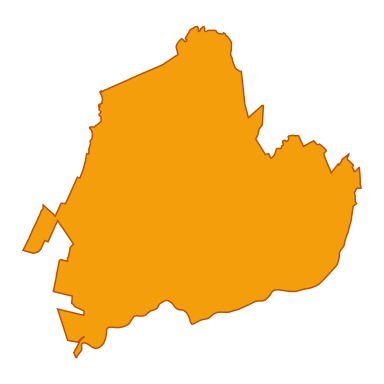 outline of Mosnita Noua, Timis, Romania
{"feature_id": "2599482B38948960386804", "entity_name": "Mosnita Noua", "entity_type": "district", "adm_level": 2, "iso_a3": "ROU", "parent_name": "Romania", "parent_adm1": "Timis", "projection": "orthographic", "projection_center": [21.343, 45.72], "detail": "fine", "context": "isolated", "style": "filled", "palette": "amber", "viewbox_px": 384, "rotation_deg": 0, "n_neighbors": 0, "source": "geoboundaries", "source_scale": "gbopen_adm2", "svg_char_len": 5863}
<svg xmlns="http://www.w3.org/2000/svg" viewBox="0 0 384 384"><path d="M326.9,276.2L332.9,269.6L333.9,268.6L335.6,266.6L336.9,264.9L337.8,263.0L339.1,257.9L339.3,256.5L339.3,254.3L339.6,252.3L340.1,251.3L341.3,249.4L343.7,246.2L344.3,244.5L344.8,241.5L346.9,234.9L348.2,232.1L348.4,230.5L351.3,219.9L351.6,216.7L353.2,206.1L356.6,203.7L355.4,201.7L355.3,201.4L355.1,198.4L355.2,195.7L354.4,193.0L354.5,192.8L356.0,189.5L356.7,188.4L361.0,188.1L360.9,186.6L360.1,184.1L360.2,182.9L360.4,182.3L359.4,167.6L359.0,167.6L358.4,168.0L356.3,170.4L354.8,171.2L354.2,171.4L353.9,171.3L353.8,171.1L353.8,170.2L353.7,169.6L352.7,168.4L352.1,167.1L352.9,166.4L353.1,166.1L353.3,165.2L353.3,164.9L352.6,164.2L351.8,163.7L351.2,162.9L350.1,162.0L349.6,161.2L347.8,160.0L347.4,159.2L347.3,158.3L347.5,157.3L347.7,156.8L348.2,156.1L348.7,155.3L348.8,154.9L348.8,154.1L342.1,159.4L341.2,161.7L340.5,162.8L339.7,163.9L338.6,165.0L338.4,164.9L338.4,164.0L338.3,163.9L338.1,164.0L331.3,172.8L327.0,162.7L323.8,154.5L323.8,153.7L324.2,153.1L326.2,151.1L326.2,150.8L325.9,149.8L324.4,148.2L319.5,144.1L318.0,144.6L317.6,144.6L316.8,144.2L315.9,143.4L313.8,140.8L313.1,141.1L303.5,146.4L298.5,135.7L293.9,135.7L293.3,135.3L292.9,135.3L288.7,136.0L288.4,136.2L288.3,136.4L288.2,136.8L288.6,138.6L288.5,139.2L288.3,139.8L287.9,140.6L287.2,141.2L286.6,141.6L286.1,141.5L285.6,140.8L284.8,140.3L283.7,140.5L283.1,140.8L282.8,141.2L282.7,142.1L283.1,143.3L283.2,144.4L283.2,144.8L282.9,145.3L282.0,145.7L281.6,146.1L281.5,146.5L281.5,147.7L281.3,148.1L281.1,148.3L280.4,148.4L277.7,148.5L276.7,148.7L276.2,149.3L275.5,152.0L274.5,155.0L271.4,158.1L271.0,158.2L270.7,158.0L268.6,153.7L265.4,154.6L255.7,138.9L257.7,135.4L259.2,129.0L262.3,124.9L263.4,105.5L261.7,105.6L261.6,106.0L248.4,117.6L244.8,104.2L243.9,95.7L243.7,93.4L241.3,71.4L240.1,71.5L236.6,69.2L236.1,68.7L235.1,67.5L234.5,66.3L233.1,62.5L231.7,57.0L230.9,55.6L230.7,54.5L230.7,52.7L231.3,49.8L231.4,48.5L231.5,43.6L231.4,42.7L230.8,41.1L229.9,39.7L228.9,38.6L227.9,37.0L227.2,36.4L226.0,35.5L225.0,33.7L223.6,32.8L223.2,33.5L222.9,33.8L222.1,34.1L221.5,34.1L219.3,33.6L218.0,33.2L217.0,32.7L216.7,32.2L216.1,30.9L215.8,30.6L214.3,30.3L208.3,30.4L206.4,31.4L205.8,31.5L205.5,31.4L204.9,31.0L204.8,30.8L204.7,30.2L204.6,27.7L204.3,27.1L204.0,26.8L203.1,26.7L202.0,27.8L200.6,28.8L200.4,29.0L200.2,30.4L198.7,31.5L198.5,31.3L198.5,30.2L198.1,27.7L197.8,27.2L197.1,26.5L195.5,26.7L191.2,29.2L189.6,30.4L188.6,33.0L188.2,33.7L187.6,34.1L187.1,35.3L186.9,36.4L186.1,36.7L185.8,37.4L185.4,38.4L185.5,38.9L185.7,39.2L186.5,39.5L186.8,39.9L186.8,40.3L186.5,40.7L185.5,41.4L185.1,41.6L184.5,41.2L183.4,40.1L182.4,39.2L181.4,38.7L177.9,42.5L176.6,45.0L176.1,46.7L176.2,47.0L178.0,54.6L177.9,54.8L175.6,56.1L164.2,63.6L163.5,64.4L133.3,77.4L126.9,80.4L102.2,91.3L101.6,91.8L101.3,91.0L99.9,91.8L101.8,96.3L102.6,98.9L102.3,100.4L102.0,101.3L101.9,102.0L102.1,102.9L102.0,103.4L100.8,103.7L99.3,104.4L98.7,105.0L98.5,105.7L98.5,106.1L98.8,106.6L100.1,106.3L100.0,106.8L99.3,107.8L99.1,108.4L99.0,109.3L99.3,110.2L100.3,110.8L100.7,111.3L100.8,111.6L100.8,112.1L100.5,112.8L99.4,113.8L99.1,114.2L99.0,114.5L99.1,115.0L99.3,115.3L100.7,116.5L101.0,117.0L101.2,117.8L100.9,119.1L101.2,120.2L101.2,120.8L101.0,121.4L99.7,122.6L97.2,124.8L96.0,125.4L94.4,126.9L93.6,127.0L90.5,126.9L89.9,127.1L89.5,127.5L89.6,128.0L89.7,128.3L91.2,130.0L91.8,131.2L92.1,132.0L92.4,134.5L92.4,136.0L92.0,138.4L91.7,139.1L90.3,140.4L90.1,141.0L90.2,141.7L90.4,142.4L90.5,143.9L90.1,145.1L89.7,146.2L89.4,147.7L88.8,149.0L88.8,149.7L88.9,152.0L88.7,153.5L88.5,153.9L88.2,154.1L86.6,153.8L85.2,162.4L84.9,162.4L83.6,168.2L83.3,169.1L80.0,177.9L77.4,177.3L65.6,203.5L61.0,203.3L59.9,205.9L55.1,216.3L53.3,214.1L44.6,206.3L43.1,205.1L43.1,208.8L41.3,210.7L40.0,214.2L36.4,222.1L32.7,229.7L28.7,239.0L23.0,250.3L33.5,253.3L37.4,252.2L39.1,251.0L40.9,249.0L44.8,240.5L48.0,241.9L52.6,231.8L54.1,228.3L57.7,220.3L59.9,224.2L63.5,229.1L73.5,244.1L70.3,247.1L68.5,256.7L67.5,258.1L67.5,261.3L60.9,259.6L59.4,260.4L56.3,275.8L56.5,276.2L53.3,291.5L72.3,296.1L71.7,303.3L73.2,304.3L74.5,306.4L84.2,311.1L83.7,315.3L57.6,309.0L67.7,340.4L77.8,342.2L79.7,339.9L81.6,338.1L83.8,336.6L84.2,337.0L81.3,339.1L80.3,340.4L73.8,352.7L75.7,357.3L76.8,357.5L77.2,355.9L80.3,352.0L81.3,350.5L81.7,349.2L81.8,348.4L81.6,344.7L81.9,343.8L82.4,343.3L83.7,342.9L84.8,342.9L86.2,343.3L88.6,344.5L91.8,347.0L93.0,347.6L94.3,348.1L95.9,348.3L97.8,348.0L99.2,347.5L102.4,344.8L103.5,343.5L105.2,339.5L106.1,335.8L106.5,332.9L106.6,329.9L107.1,328.8L107.8,327.9L108.4,327.5L109.0,327.3L110.4,327.2L112.2,327.2L116.1,327.6L119.5,327.5L122.5,326.9L124.8,326.2L127.7,324.8L129.5,323.2L131.3,320.2L133.3,317.1L134.1,316.5L134.7,316.1L135.6,315.8L136.8,315.7L140.3,316.1L141.9,316.0L143.3,315.8L145.1,315.2L145.9,314.8L148.6,312.4L150.0,311.3L151.7,310.5L154.9,309.6L155.9,309.1L156.6,308.5L157.2,307.9L158.2,306.4L158.8,305.0L159.8,303.8L160.7,303.1L161.9,302.3L164.0,301.2L165.5,300.6L166.2,300.5L167.5,300.5L168.8,300.9L169.7,301.5L171.4,302.7L172.7,304.1L173.8,305.3L174.3,306.3L175.5,307.6L176.7,308.6L177.4,309.0L178.5,309.5L179.9,309.8L182.1,310.0L183.6,310.3L185.9,312.1L186.4,312.5L188.7,316.2L188.9,317.0L189.3,317.9L189.8,319.4L190.4,321.8L191.1,323.2L191.8,324.1L192.2,324.2L192.8,324.2L193.1,324.1L194.9,323.1L197.8,321.6L199.4,320.6L203.7,319.3L206.8,318.8L208.3,318.3L209.6,317.4L212.8,314.7L214.8,313.4L216.4,312.7L217.5,312.4L219.9,312.1L221.3,312.1L226.5,312.3L229.8,312.0L233.4,310.7L237.4,309.7L240.5,308.5L251.3,303.5L254.7,301.7L256.2,301.2L259.7,300.8L262.3,301.0L264.3,300.4L265.0,300.1L265.8,299.4L268.2,297.2L270.4,294.5L271.3,292.9L272.2,291.7L273.9,290.2L277.8,289.7L285.0,290.7L288.2,291.2L293.4,291.6L295.8,291.3L297.3,291.0L304.6,289.1L308.1,288.5L312.0,287.5L316.6,285.6L319.5,283.7L322.3,281.0L326.9,276.2Z" fill="#f59e0b" stroke="#b45309" stroke-width="1.5"/></svg>